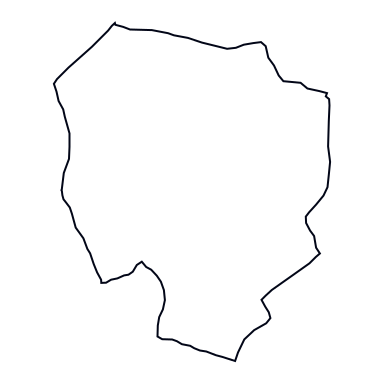 Täby, Stockholm, Sweden (Mercator projection)
{"feature_id": "70781695B44466819558577", "entity_name": "Täby", "entity_type": "district", "adm_level": 2, "iso_a3": "SWE", "parent_name": "Sweden", "parent_adm1": "Stockholm", "projection": "mercator", "projection_center": [18.068, 59.467], "detail": "fine", "context": "isolated", "style": "outline", "palette": "ink", "viewbox_px": 384, "rotation_deg": 0, "n_neighbors": 0, "source": "geoboundaries", "source_scale": "gbopen_adm2", "svg_char_len": 1435}
<svg xmlns="http://www.w3.org/2000/svg" viewBox="0 0 384 384"><path d="M114.9,23.0L111.8,25.9L108.1,30.6L91.9,46.8L68.5,67.6L57.0,79.1L53.9,83.8L56.5,91.6L58.6,101.0L63.2,109.4L64.8,116.7L69.5,133.4L69.5,146.9L69.0,158.9L63.8,173.0L61.7,190.2L61.5,190.3L61.9,191.2L62.4,195.3L63.5,199.3L66.1,202.6L69.8,207.5L71.9,213.7L75.7,227.6L83.4,238.3L87.4,249.0L90.1,253.3L93.7,264.0L97.1,272.4L101.1,279.7L101.3,282.9L106.1,282.7L111.1,279.7L117.4,278.4L124.1,275.4L128.5,274.7L132.8,271.7L136.8,265.0L141.8,261.7L146.2,267.0L151.2,269.7L156.8,275.7L160.9,281.7L163.9,290.1L164.9,300.1L162.9,309.4L159.2,317.1L157.8,325.5L157.5,336.5L162.2,339.2L172.2,339.5L176.9,341.2L181.9,344.2L190.2,345.8L194.2,348.2L199.9,350.5L206.3,351.5L215.9,355.2L222.3,356.9L235.1,361.0L238.0,352.5L244.3,339.4L254.2,330.1L266.2,323.3L270.4,318.1L268.8,312.3L265.2,306.6L261.5,299.8L265.7,295.6L271.9,289.9L293.3,274.8L309.5,263.3L315.8,257.0L319.9,253.5L316.1,247.7L314.1,236.0L310.1,230.6L306.1,223.0L305.8,216.6L309.1,212.3L316.1,204.6L323.5,195.6L327.5,187.2L328.8,174.9L330.1,161.9L328.1,146.5L328.8,121.1L329.5,105.4L329.1,99.1L325.8,96.4L327.0,93.1L319.4,91.1L307.4,88.5L300.6,82.8L283.4,81.2L278.7,75.5L274.0,65.5L268.3,57.7L265.7,46.2L261.0,42.1L253.2,43.1L243.8,44.7L235.9,47.8L227.1,48.8L216.6,46.2L202.0,42.6L187.9,37.9L173.9,35.3L168.1,33.2L151.9,30.1L130.0,29.5L123.2,26.9L115.4,24.8L114.9,23.0Z" fill="none" stroke="#020617" stroke-width="2"/></svg>